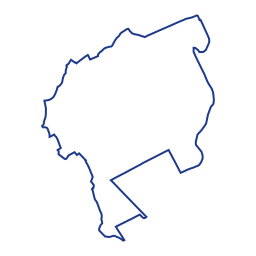 Cernica, Ilfov, Romania
{"feature_id": "2599482B48526584820869", "entity_name": "Cernica", "entity_type": "district", "adm_level": 2, "iso_a3": "ROU", "parent_name": "Romania", "parent_adm1": "Ilfov", "projection": "orthographic", "projection_center": [26.324, 44.406], "detail": "fine", "context": "isolated", "style": "outline", "palette": "blue", "viewbox_px": 256, "rotation_deg": 0, "n_neighbors": 0, "source": "geoboundaries", "source_scale": "gbopen_adm2", "svg_char_len": 3937}
<svg xmlns="http://www.w3.org/2000/svg" viewBox="0 0 256 256"><path d="M212.9,104.5L213.5,103.5L213.9,99.7L213.1,92.5L212.2,90.0L211.8,88.8L209.5,85.2L208.5,83.5L207.2,81.1L205.4,76.8L204.3,74.0L201.5,68.5L195.8,56.8L193.6,51.8L193.6,47.8L195.2,47.9L197.9,49.9L199.4,52.0L203.2,52.0L205.8,50.1L208.5,44.1L209.3,41.7L209.2,40.0L208.8,37.9L205.5,30.6L202.2,23.3L200.5,19.8L199.6,20.1L198.7,17.9L198.0,16.2L197.7,15.9L196.9,15.4L195.4,16.0L194.0,16.6L193.7,16.7L192.0,17.4L188.0,18.4L187.0,18.5L186.1,18.8L184.4,19.5L183.6,20.0L182.7,20.3L180.5,21.2L180.1,21.4L179.0,21.8L175.6,23.3L174.1,24.0L163.8,28.5L149.5,34.8L146.8,36.0L145.7,36.6L145.1,37.0L144.6,37.1L143.5,36.6L142.6,36.3L141.1,35.9L140.3,35.6L139.5,35.4L138.9,35.1L137.5,34.7L136.5,34.6L134.9,34.3L133.7,33.9L132.6,33.5L132.0,33.3L130.9,32.1L129.8,30.9L129.1,29.8L128.5,29.2L128.2,28.8L127.2,29.0L126.8,29.2L126.0,29.6L124.2,30.9L121.3,32.7L120.3,33.7L119.4,35.3L118.8,36.1L118.1,36.7L117.5,37.3L116.7,38.0L116.1,38.9L115.1,40.3L113.9,42.4L112.2,45.7L111.4,46.4L111.1,46.5L109.2,46.8L106.9,47.4L106.2,47.7L105.1,48.0L104.2,48.6L103.0,49.7L100.9,51.7L100.2,52.0L99.9,52.2L99.6,52.5L99.1,53.3L98.3,54.0L98.2,54.3L98.0,55.2L98.0,56.1L97.1,56.5L90.1,59.5L88.5,56.1L88.1,55.2L87.8,55.0L87.6,55.2L85.2,56.6L84.4,57.3L82.4,58.7L76.5,63.3L76.0,62.7L75.5,62.4L75.1,62.7L73.8,61.8L71.0,59.8L68.3,64.1L68.0,64.3L67.6,64.4L66.8,64.9L66.4,65.5L66.6,66.0L66.8,66.2L66.9,66.6L66.2,68.6L66.0,69.4L65.7,71.0L65.7,73.0L65.5,73.3L64.1,74.9L63.8,75.7L63.5,76.6L63.0,77.6L62.8,78.5L62.7,79.3L62.4,80.6L62.4,81.3L62.1,82.1L61.6,83.3L60.7,84.5L59.9,85.4L59.1,86.1L58.4,86.6L58.1,86.7L57.7,86.7L57.6,86.9L56.5,90.7L55.6,92.9L55.0,94.3L54.3,95.6L53.8,96.4L53.2,97.2L52.5,97.9L51.2,98.8L50.0,99.5L48.1,100.2L46.9,100.3L45.4,100.6L44.7,100.7L44.4,100.7L44.4,100.8L45.1,104.2L45.4,105.8L45.9,108.1L45.9,110.8L45.9,112.3L45.8,114.8L45.4,117.5L44.9,118.9L44.3,120.4L44.1,121.8L43.5,124.7L42.1,125.9L42.3,126.3L42.5,126.8L42.8,127.2L43.4,127.3L44.1,127.3L45.0,127.2L46.6,127.7L47.2,128.1L47.9,129.6L48.9,132.3L49.5,134.2L49.6,136.9L50.6,136.5L54.1,134.5L54.9,135.6L55.1,136.0L56.1,136.8L56.8,138.1L57.6,139.5L59.1,143.6L59.9,145.8L60.8,148.0L57.6,150.1L58.4,150.9L58.7,151.5L58.6,154.3L64.4,158.7L65.4,159.1L65.8,159.0L66.2,158.8L67.3,157.5L67.6,157.0L68.0,155.9L69.7,154.8L71.1,154.0L71.6,153.8L72.0,153.6L72.8,153.1L73.2,152.9L73.7,152.6L74.1,152.4L74.5,152.2L76.9,155.0L77.6,154.5L78.5,153.9L78.9,153.6L79.2,153.4L80.0,154.3L83.1,157.5L84.5,159.0L85.9,160.4L85.5,160.8L86.0,161.9L86.5,162.9L87.4,164.5L88.4,166.5L88.8,167.3L89.3,168.4L89.6,169.2L90.1,170.4L90.8,172.3L92.0,175.0L92.7,176.9L92.0,178.9L91.0,181.5L91.6,182.3L92.5,183.3L93.7,184.9L93.8,185.7L93.6,186.9L93.3,188.0L92.7,187.9L92.0,189.4L92.5,189.6L93.5,194.0L94.3,197.3L95.0,199.7L96.2,201.1L96.8,202.1L98.7,207.0L99.9,210.6L100.6,212.0L101.2,213.2L101.8,215.7L101.6,217.7L101.4,219.7L102.0,221.5L102.2,223.3L101.4,224.2L100.6,225.2L99.8,226.9L99.2,228.7L99.1,229.6L99.1,230.3L100.0,231.3L101.9,233.2L102.7,234.1L104.3,235.6L104.9,236.2L105.1,236.5L106.2,236.6L109.6,237.0L113.4,235.8L114.3,235.9L115.3,236.2L118.8,237.7L120.2,238.4L121.9,239.6L122.8,240.4L123.2,240.6L123.5,240.6L124.3,240.1L123.1,238.1L122.1,236.5L118.8,231.5L115.8,226.7L131.6,218.8L139.2,214.9L139.7,214.6L139.8,214.6L142.5,217.3L143.2,217.9L143.9,218.1L144.2,218.1L144.9,218.0L146.4,216.9L130.0,200.0L123.6,193.4L115.1,184.5L110.9,180.2L111.8,179.8L113.3,178.9L115.7,177.6L126.5,172.0L133.5,168.2L138.0,165.8L139.4,165.1L143.2,162.9L153.6,157.6L165.3,151.6L168.6,150.0L170.4,153.4L174.0,160.1L177.1,166.0L179.7,171.1L180.7,172.8L184.5,171.1L188.1,169.4L190.9,168.4L193.1,167.7L199.0,165.2L200.4,163.3L201.1,162.3L202.6,158.5L202.6,155.4L201.5,151.7L195.9,144.8L195.8,143.5L195.8,141.6L196.9,137.3L197.3,135.5L197.6,134.4L201.5,130.2L204.8,125.6L206.1,123.5L206.8,120.4L207.9,114.9L210.8,107.0L212.8,104.6L212.9,104.5Z" fill="none" stroke="#1e3a8a" stroke-width="2"/></svg>